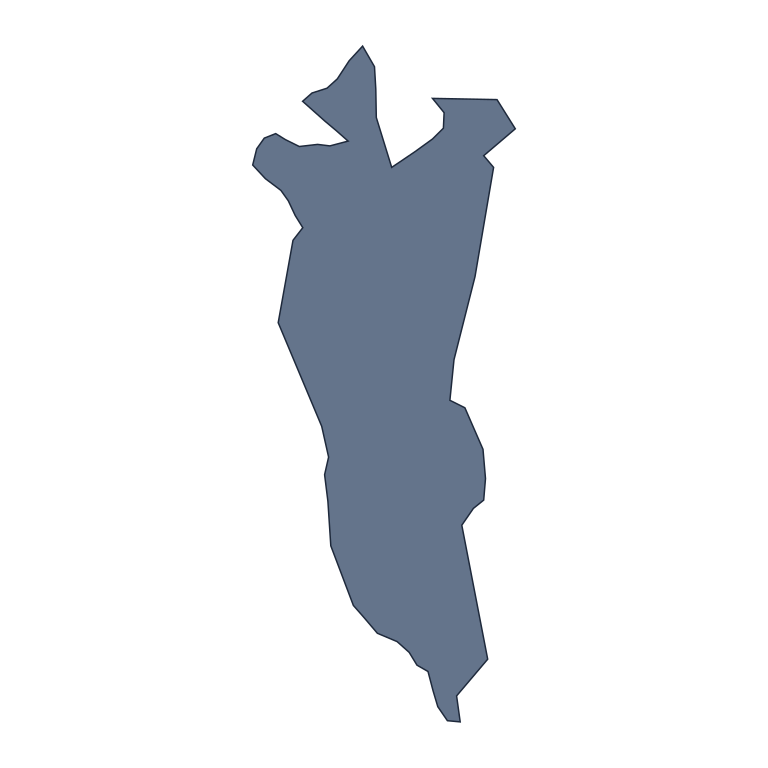 São José do Sul, Rio Grande do Sul, Brazil (Equal Earth projection)
{"feature_id": "56859067B49166380308461", "entity_name": "São José do Sul", "entity_type": "district", "adm_level": 2, "iso_a3": "BRA", "parent_name": "Brazil", "parent_adm1": "Rio Grande do Sul", "projection": "equal_earth", "projection_center": [-51.488, -29.554], "detail": "fine", "context": "isolated", "style": "filled", "palette": "slate", "viewbox_px": 768, "rotation_deg": 0, "n_neighbors": 0, "source": "geoboundaries", "source_scale": "gbopen_adm2", "svg_char_len": 915}
<svg xmlns="http://www.w3.org/2000/svg" viewBox="0 0 768 768"><path d="M515.3,128.8L497.0,99.6L432.5,98.4L444.1,112.7L443.4,128.2L432.5,139.0L414.8,151.8L391.7,167.4L376.3,117.5L375.8,89.1L374.5,66.7L362.6,46.1L349.2,60.7L337.3,78.9L327.0,88.2L312.0,93.0L302.6,101.3L325.2,121.4L336.2,130.6L348.1,141.1L329.9,145.9L317.6,144.4L299.3,146.5L285.4,139.6L275.7,133.6L264.3,138.1L256.7,148.8L252.7,165.0L265.4,178.7L280.9,190.4L288.3,200.8L295.2,215.5L302.8,227.7L293.0,240.3L278.2,322.7L321.7,426.3L328.6,457.1L324.6,474.7L327.9,501.3L330.8,545.8L353.4,605.5L363.1,616.5L377.4,633.3L397.1,641.6L409.2,652.4L417.0,665.2L428.0,671.5L433.1,690.9L437.8,706.7L447.4,720.7L460.2,721.9L456.6,695.9L487.7,659.2L461.8,525.2L473.4,508.4L483.7,500.1L485.5,478.6L483.0,449.3L472.3,424.8L464.9,407.8L449.9,400.3L454.0,359.7L475.0,276.7L493.6,167.4L483.7,155.7L515.3,128.8Z" fill="#64748b" stroke="#1e293b" stroke-width="1.5"/></svg>